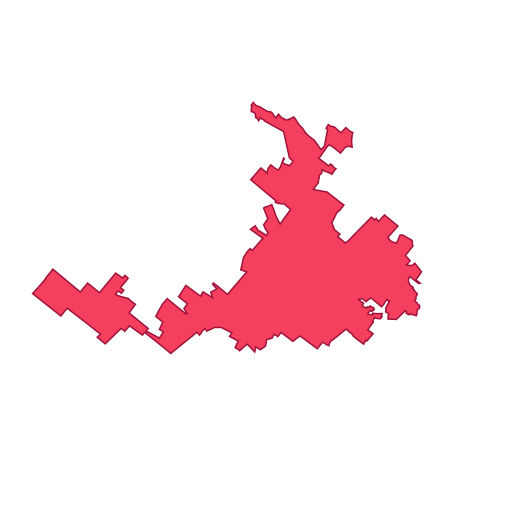 outline of Motul, Yucatán, Mexico, rotated 303°
{"feature_id": "50627088B18979328604802", "entity_name": "Motul", "entity_type": "district", "adm_level": 2, "iso_a3": "MEX", "parent_name": "Mexico", "parent_adm1": "Yucatán", "projection": "robinson", "projection_center": [-89.26, 21.165], "detail": "fine", "context": "isolated", "style": "filled", "palette": "rose", "viewbox_px": 512, "rotation_deg": 303, "n_neighbors": 0, "source": "geoboundaries", "source_scale": "gbopen_adm2", "svg_char_len": 6117}
<svg xmlns="http://www.w3.org/2000/svg" viewBox="0 0 512 512"><g transform="rotate(303 256 256)"><path d="M317.1,210.0L313.0,243.2L311.6,243.0L311.6,243.6L311.8,244.0L312.1,244.6L312.0,245.0L312.3,246.2L312.7,247.1L313.1,247.6L313.6,249.0L314.5,250.4L315.0,251.0L314.5,255.1L313.9,259.7L295.9,258.8L300.5,250.7L304.0,246.4L307.7,241.2L306.0,240.2L304.8,239.5L302.2,237.1L300.3,236.3L294.3,244.8L294.2,245.6L286.4,245.4L283.6,249.4L283.6,249.6L282.0,253.5L278.9,253.4L278.8,243.5L280.9,238.8L275.3,236.9L274.6,252.1L258.7,249.8L259.0,247.0L255.5,246.4L252.9,246.3L247.8,246.3L247.5,246.4L247.2,246.7L244.7,247.6L236.1,250.8L237.6,256.9L208.3,253.0L209.1,246.4L210.2,235.1L209.0,234.8L208.7,235.8L208.3,235.8L207.2,241.0L204.2,239.6L201.1,237.7L197.4,242.0L197.1,231.1L193.1,231.2L193.1,231.8L192.2,231.8L192.1,230.5L192.3,227.6L193.2,213.2L179.7,213.3L178.6,224.5L172.7,224.2L170.1,229.6L169.3,229.1L170.7,214.7L171.9,204.8L165.0,203.8L155.1,204.3L155.1,204.5L150.7,204.9L149.9,213.8L141.7,215.0L142.1,219.6L134.5,219.7L133.3,204.6L136.5,205.1L138.5,186.3L139.2,180.6L149.8,181.2L149.8,180.2L150.5,172.2L150.9,172.2L150.6,171.2L149.3,167.4L147.4,161.4L147.6,158.9L151.7,159.6L151.4,163.4L155.3,163.8L155.6,159.5L164.0,160.6L167.7,160.9L168.4,156.6L165.0,156.2L165.2,147.6L140.0,144.7L141.6,129.5L130.1,128.2L134.3,92.8L122.4,91.6L122.3,92.0L110.7,90.4L102.8,89.1L99.4,125.0L109.4,126.1L107.2,152.9L105.7,168.2L101.4,167.0L100.2,177.4L121.6,182.3L121.7,184.6L121.3,186.9L127.2,187.8L128.5,187.7L127.8,203.8L131.3,204.3L129.3,224.9L127.9,237.6L159.9,248.0L158.9,251.6L161.2,252.0L163.5,251.8L167.4,252.7L166.2,255.7L173.8,260.4L174.2,260.9L174.2,261.3L174.5,261.8L177.1,265.6L178.4,277.7L174.1,277.6L175.0,287.3L167.8,288.4L167.9,290.7L167.9,292.8L167.6,293.9L172.3,295.1L177.3,296.7L174.8,307.2L179.6,305.4L179.7,310.7L184.0,312.4L185.8,313.0L191.7,310.5L195.2,313.7L195.5,314.1L200.2,313.9L200.3,318.2L205.5,318.7L204.5,333.5L212.7,336.2L212.8,339.2L211.6,357.9L216.2,358.4L216.4,358.3L217.6,358.6L219.8,358.8L220.2,360.8L219.9,363.3L220.6,366.0L221.2,365.4L225.1,365.0L227.5,366.1L243.8,371.4L243.8,371.8L243.0,375.7L243.1,377.4L242.2,381.0L241.7,381.3L241.0,388.9L240.7,394.3L245.2,393.9L245.1,395.3L254.6,396.5L254.8,393.4L254.8,390.0L261.8,390.2L264.1,390.4L264.2,389.9L265.0,389.8L264.9,389.3L267.6,388.9L268.1,389.4L268.6,389.2L269.2,389.2L269.3,389.9L269.2,390.5L269.5,391.6L270.1,392.5L270.1,392.9L271.2,394.6L271.3,394.6L273.0,394.7L273.3,394.7L273.8,394.7L273.6,394.3L273.9,393.8L274.4,393.6L274.6,393.4L275.8,393.4L276.4,393.1L275.5,391.6L274.7,390.7L274.4,390.2L274.1,389.7L273.7,388.9L273.2,388.2L272.5,386.9L272.3,386.7L272.1,386.6L271.8,385.1L271.4,385.1L270.2,386.0L268.1,381.4L270.1,381.0L271.4,381.6L272.7,381.7L272.7,382.1L272.7,383.4L274.0,383.9L274.7,383.9L275.5,384.3L275.8,383.2L276.6,383.1L276.4,381.3L276.3,378.8L274.3,378.8L274.2,378.0L274.2,377.6L273.8,377.0L273.1,377.1L272.4,377.0L272.3,374.9L272.0,374.1L271.9,373.5L272.1,373.0L272.2,372.3L272.3,371.9L274.5,372.1L274.9,371.9L275.0,370.1L275.0,368.7L275.2,367.0L275.3,365.8L276.3,366.0L276.5,366.6L276.7,367.1L277.9,368.2L277.9,368.6L278.0,368.9L278.0,369.8L277.6,371.9L277.5,372.9L277.7,373.3L279.5,373.6L283.1,375.2L283.2,375.5L283.4,375.9L281.8,389.0L285.6,389.5L289.3,389.3L290.9,389.4L290.2,391.7L290.9,392.4L283.5,393.1L279.7,395.2L279.9,398.4L275.0,401.0L279.3,408.3L291.5,411.0L291.5,411.6L291.4,412.2L291.0,412.5L290.9,413.0L289.8,413.0L289.8,416.0L291.0,416.2L291.1,417.3L292.1,419.1L292.6,419.3L292.6,421.5L293.2,422.9L294.4,422.8L298.2,420.8L301.8,421.4L303.6,420.1L303.9,417.2L304.4,416.5L304.9,413.8L306.2,413.5L306.9,413.6L307.3,413.4L309.1,412.3L311.6,412.2L312.2,411.8L312.7,409.2L313.0,408.3L313.5,407.5L314.0,407.0L314.0,405.7L314.2,404.8L314.7,405.1L315.3,404.9L315.5,401.1L316.2,400.0L317.2,398.3L318.5,397.1L319.3,396.6L322.2,396.1L322.5,396.1L321.5,407.2L322.7,408.5L323.1,403.0L328.3,403.4L332.8,403.4L334.3,399.7L336.4,393.1L333.0,392.1L330.3,387.2L336.0,387.8L337.8,381.0L349.8,382.2L350.0,381.9L352.7,379.4L353.5,379.2L354.1,378.4L353.5,367.6L352.1,365.4L346.5,366.4L344.9,366.5L344.1,366.4L343.4,366.7L342.9,366.1L342.6,365.1L341.9,360.4L342.9,358.2L343.5,356.5L358.4,358.7L358.8,355.5L360.4,341.4L351.9,339.9L352.0,339.8L352.0,338.8L352.4,338.1L352.6,336.9L353.0,336.3L352.1,336.2L351.5,335.8L351.0,335.9L351.4,331.6L318.2,324.9L317.3,324.5L316.8,324.1L315.6,324.0L316.7,314.1L320.1,314.5L320.8,307.5L325.1,301.6L336.3,300.2L340.7,301.6L342.1,301.5L344.7,301.9L346.7,301.9L347.1,295.2L347.5,291.1L348.4,280.5L347.8,279.4L343.0,267.9L351.7,268.3L353.1,267.4L356.1,266.4L357.1,265.7L358.1,265.3L361.8,265.9L364.4,264.4L364.6,267.3L365.9,273.6L365.7,275.1L367.4,275.3L368.6,275.0L370.2,275.3L371.1,275.2L371.7,275.4L372.7,275.6L372.6,273.9L372.5,273.7L373.7,270.6L373.5,270.1L373.7,268.9L373.6,268.3L371.2,267.9L372.1,255.6L384.4,256.0L388.9,256.5L389.4,260.0L389.3,261.3L388.3,270.8L395.5,271.6L397.9,273.1L399.2,275.8L399.6,277.4L404.6,273.4L409.4,271.0L412.3,269.9L411.8,267.2L412.6,261.4L405.7,260.1L406.2,255.3L406.9,252.2L406.6,250.5L406.1,249.9L405.8,248.2L405.5,248.1L405.6,245.0L401.2,245.3L401.0,247.2L385.2,253.6L380.6,252.5L384.8,242.0L384.8,241.0L385.5,234.3L386.3,230.7L386.5,229.3L387.1,228.9L387.8,226.8L388.5,225.6L389.4,221.0L393.0,212.9L393.1,211.7L391.6,211.1L389.9,210.0L388.9,210.2L389.0,209.4L386.3,207.3L386.4,204.9L386.0,202.2L386.1,201.3L387.2,197.6L382.8,197.5L383.2,195.4L384.9,191.3L384.9,189.6L383.6,187.4L383.4,185.3L383.3,181.9L383.1,180.5L383.3,178.8L382.9,176.8L382.4,175.1L382.3,174.5L382.5,172.5L383.4,170.1L379.7,169.8L379.8,170.8L377.3,171.7L376.0,172.4L375.5,172.9L374.5,173.4L375.2,175.6L375.3,176.2L375.0,177.8L371.9,180.3L372.4,180.9L370.9,184.6L374.1,184.1L374.0,184.7L374.3,189.2L373.9,189.7L375.4,211.4L356.4,230.7L355.8,235.2L353.8,235.5L352.5,235.4L351.7,234.9L350.7,235.0L349.7,234.9L349.7,233.7L348.9,230.2L348.6,227.5L350.9,226.9L353.0,226.9L353.2,225.9L343.8,228.0L342.1,228.0L340.2,227.6L339.9,225.1L340.5,218.8L338.2,218.5L336.0,218.5L332.3,219.6L331.4,220.2L332.1,216.3L332.5,212.1L317.1,210.0Z" fill="#f43f5e" stroke="#9f1239" stroke-width="1.5"/></g></svg>